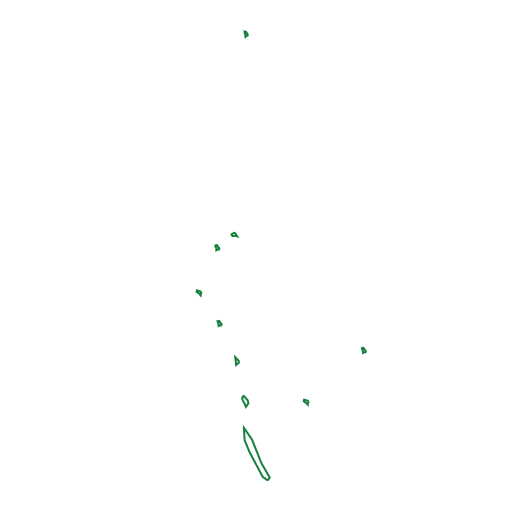 the Atoll of Haa Dhaalu, rotated 134°
{"feature_id": "MDV-5224", "entity_name": "Haa Dhaalu", "entity_type": "Atoll", "adm_level": 1, "iso_a3": "MDV", "parent_name": "Maldives", "parent_adm1": "", "projection": "equal_earth", "projection_center": [72.994, 6.597], "detail": "fine", "context": "isolated", "style": "outline", "palette": "green", "viewbox_px": 512, "rotation_deg": 134, "n_neighbors": 0, "source": "natural_earth", "source_scale": "10m", "svg_char_len": 1321}
<svg xmlns="http://www.w3.org/2000/svg" viewBox="0 0 512 512"><g transform="rotate(134 256 256)"><path d="M405.8,92.3L408.8,91.8L409.7,93.0L409.7,95.2L410.3,97.6L401.5,124.5L396.4,136.3L388.1,145.2L388.0,145.3L390.8,131.4L401.3,108.1L405.8,92.3ZM371.5,158.4L370.0,161.9L369.2,164.9L368.0,167.1L365.1,168.2L365.1,168.3L365.6,161.6L367.2,159.2L371.5,158.4ZM348.2,194.6L343.2,200.6L343.5,195.5L344.7,194.2L346.3,194.4L348.2,194.6ZM332.3,234.3L331.0,235.6L330.2,237.4L329.7,238.4L328.3,237.5L328.9,233.5L329.9,232.8L330.0,232.9L331.2,233.8L332.3,234.3ZM327.1,115.4L327.1,115.5L326.8,117.7L326.8,117.9L327.2,119.4L327.3,120.8L325.9,121.6L325.3,120.5L324.1,118.1L324.7,116.7L326.0,116.3L327.1,115.4ZM251.4,111.7L250.2,113.1L249.4,114.8L248.8,115.8L247.5,115.1L248.1,111.0L249.1,110.4L250.3,111.3L251.4,111.7ZM279.4,288.5L278.0,289.8L277.4,291.6L276.7,292.6L275.3,291.7L276.0,287.7L277.0,287.1L278.2,288.1L279.4,288.5ZM255.0,283.2L255.9,285.1L257.2,285.9L258.0,286.8L257.4,288.7L254.4,287.8L254.0,286.4L254.6,284.8L255.0,283.2ZM322.8,268.4L322.8,268.6L322.5,270.7L322.9,272.6L323.1,273.8L321.7,274.6L321.2,273.5L320.0,271.1L320.4,269.8L321.8,269.3L322.8,268.4ZM105.6,415.8L104.3,417.4L103.2,419.4L102.4,420.2L101.7,418.5L102.4,415.8L103.4,415.2L104.5,415.8L105.6,415.8Z" fill="none" stroke="#15803d" stroke-width="2"/></g></svg>